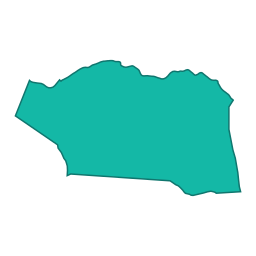 Dennery By Pass/Rocky Lane, Dennery, Saint Lucia
{"feature_id": "8701671B20173506314249", "entity_name": "Dennery By Pass/Rocky Lane", "entity_type": "district", "adm_level": 2, "iso_a3": "LCA", "parent_name": "Saint Lucia", "parent_adm1": "Dennery", "projection": "equal_earth", "projection_center": [-60.9, 13.915], "detail": "fine", "context": "isolated", "style": "filled", "palette": "teal", "viewbox_px": 256, "rotation_deg": 0, "n_neighbors": 0, "source": "geoboundaries", "source_scale": "gbopen_adm2", "svg_char_len": 3277}
<svg xmlns="http://www.w3.org/2000/svg" viewBox="0 0 256 256"><path d="M233.2,100.2L232.9,99.7L232.2,99.2L231.4,98.7L230.8,98.0L230.3,97.2L229.8,96.4L229.2,95.5L228.7,94.8L228.0,94.2L227.3,93.7L226.5,93.1L225.8,92.5L225.1,92.0L224.3,91.4L223.6,90.9L222.9,90.3L222.2,89.6L221.6,89.0L221.0,88.2L220.5,87.5L220.0,86.6L219.5,85.7L219.0,84.8L218.5,84.0L218.0,83.1L218.0,82.1L217.6,81.1L216.9,80.6L216.1,80.3L215.3,80.2L214.5,80.3L213.7,80.3L212.9,80.2L212.1,80.1L211.3,79.9L210.6,79.5L209.8,79.0L209.1,78.5L208.4,77.9L207.7,77.3L207.1,76.8L206.3,76.2L205.6,75.7L204.8,75.0L204.1,74.5L203.4,73.9L202.7,73.3L202.0,72.8L201.2,72.6L200.4,72.7L199.6,73.0L198.8,73.5L198.1,74.1L197.4,74.5L196.6,74.8L195.8,75.2L195.0,75.1L194.2,74.6L193.5,74.0L192.9,73.4L192.2,72.8L191.4,72.2L190.7,71.6L190.0,71.0L189.3,70.4L188.6,70.0L187.8,69.7L187.0,69.8L186.2,70.0L185.4,70.3L184.7,70.7L183.9,71.0L183.1,71.2L182.3,71.3L181.5,71.2L180.7,71.1L179.9,71.2L179.1,71.6L178.3,71.7L177.5,71.8L176.7,71.6L175.9,71.5L175.0,71.3L174.2,71.3L173.3,71.4L172.5,71.6L171.8,72.1L171.0,72.6L170.3,73.1L169.7,73.8L169.1,74.5L168.5,75.2L167.9,76.0L167.2,76.6L166.6,77.2L165.9,77.8L165.1,78.2L164.4,78.5L163.6,78.8L162.8,78.9L161.9,78.9L161.1,78.8L160.4,78.5L159.6,78.2L158.8,78.0L158.0,77.8L157.2,77.5L156.4,77.2L155.6,76.9L154.7,76.6L153.9,76.4L153.1,76.3L152.2,76.3L151.3,76.2L150.5,76.1L149.6,76.0L148.7,75.9L147.9,75.8L147.1,75.7L146.3,75.8L145.4,75.8L144.6,75.9L143.7,75.9L142.8,75.8L142.0,75.5L141.3,75.0L140.8,74.2L140.3,73.3L139.9,72.3L139.5,71.4L139.1,70.5L138.5,69.8L137.8,69.2L137.1,68.7L136.4,68.2L135.6,67.7L134.9,67.2L134.2,66.7L133.4,66.2L132.6,65.9L131.8,65.9L130.9,66.1L130.1,66.3L129.3,66.5L128.5,66.7L127.8,66.9L126.9,67.1L126.1,67.2L125.3,67.2L124.5,67.0L123.7,66.9L123.0,66.5L122.2,66.1L121.5,65.8L120.8,65.1L120.6,64.1L120.6,63.0L120.2,62.2L119.4,61.8L118.5,61.6L117.7,61.6L116.9,61.6L116.0,61.6L115.2,61.5L114.4,61.3L113.6,60.9L112.7,60.7L111.9,60.6L111.1,60.6L110.3,60.6L109.4,60.7L108.6,60.8L107.7,60.8L106.9,60.9L106.1,61.0L105.3,61.1L104.4,61.2L103.6,61.2L102.8,61.4L102.0,61.6L101.2,61.8L100.4,62.1L99.5,62.5L98.7,62.9L97.9,63.2L97.1,63.5L96.4,63.8L95.6,64.1L94.8,64.3L94.0,64.6L93.2,64.8L92.4,65.1L91.7,65.5L91.0,66.0L90.2,66.5L89.5,67.0L88.7,67.3L87.9,67.5L87.1,67.5L86.3,67.4L85.5,67.3L84.7,67.4L83.9,67.5L83.1,67.7L82.3,68.0L81.5,68.4L80.7,68.8L79.9,69.2L79.1,69.7L78.4,70.2L77.6,70.6L76.9,71.2L76.2,71.7L75.4,72.2L74.7,72.7L73.9,73.1L73.1,73.6L72.4,74.1L71.5,74.7L70.8,75.2L70.0,75.8L69.3,76.3L68.5,76.8L67.8,77.3L67.0,77.7L66.3,78.1L65.5,78.5L64.7,78.9L64.0,79.3L63.2,79.7L62.4,80.0L61.7,80.5L61.0,81.1L60.4,80.8L59.6,79.9L57.9,81.9L54.8,85.7L52.9,87.2L50.7,87.8L48.7,87.8L46.6,86.9L43.5,84.5L41.3,83.5L37.0,83.0L32.8,82.3L30.7,81.5L29.5,80.4L15.4,115.9L57.6,144.8L58.1,148.1L61.4,152.6L64.0,158.5L65.7,160.7L66.5,163.2L67.3,166.0L67.5,170.4L67.2,175.6L70.7,174.0L170.1,180.8L175.7,184.7L178.3,185.8L180.2,187.5L182.8,190.2L184.0,191.9L185.4,193.3L189.6,194.3L191.1,195.2L193.1,195.4L203.4,193.0L207.5,191.8L210.9,191.2L213.5,191.8L215.1,192.3L216.2,193.2L240.6,191.7L239.6,187.8L239.3,186.5L238.6,180.4L238.4,178.4L237.8,172.6L237.7,171.9L237.5,170.9L235.3,158.2L235.1,157.5L232.9,150.0L228.9,129.4L228.9,106.9L233.2,100.2Z" fill="#14b8a6" stroke="#0f766e" stroke-width="1.5"/></svg>